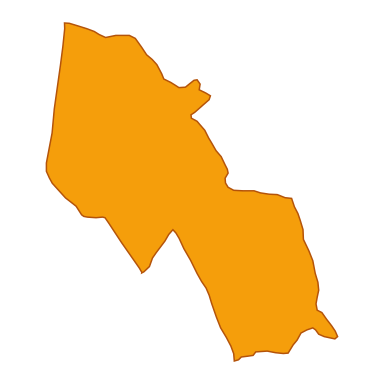 Älvdalen, Dalarna, Sweden (Mercator projection)
{"feature_id": "70781695B70096269486185", "entity_name": "Älvdalen", "entity_type": "district", "adm_level": 2, "iso_a3": "SWE", "parent_name": "Sweden", "parent_adm1": "Dalarna", "projection": "mercator", "projection_center": [13.302, 61.645], "detail": "fine", "context": "isolated", "style": "filled", "palette": "amber", "viewbox_px": 384, "rotation_deg": 0, "n_neighbors": 0, "source": "geoboundaries", "source_scale": "gbopen_adm2", "svg_char_len": 1696}
<svg xmlns="http://www.w3.org/2000/svg" viewBox="0 0 384 384"><path d="M64.5,23.0L64.7,28.7L62.9,46.2L60.4,65.6L57.5,86.1L54.3,108.9L52.1,133.0L46.4,163.0L46.4,171.3L49.3,177.8L52.3,183.3L65.5,197.9L76.1,206.2L81.6,214.8L83.8,216.4L87.4,217.1L96.0,217.7L102.5,217.1L105.0,217.7L108.6,222.9L121.7,242.8L139.3,268.0L141.9,272.5L141.8,272.9L143.9,271.8L149.4,266.6L152.5,258.0L156.3,252.5L164.9,241.1L168.7,234.5L172.9,229.7L176.0,233.1L179.1,238.3L183.9,248.7L190.5,260.1L197.1,273.5L201.6,281.5L206.1,288.1L209.2,295.3L211.6,303.3L216.4,317.1L220.6,327.8L226.4,337.5L230.9,346.1L233.7,353.7L234.3,361.0L238.5,359.8L241.3,357.0L247.6,356.2L253.1,355.4L255.8,351.9L267.2,351.1L275.5,352.7L283.3,353.5L288.1,353.1L293.2,344.8L297.1,340.1L301.0,333.0L306.9,329.9L312.8,327.9L315.6,329.9L318.7,334.2L324.2,336.6L334.9,338.9L337.6,336.6L335.2,331.1L331.7,325.9L326.6,319.3L321.9,312.6L317.2,310.2L316.0,303.9L317.2,297.2L318.7,290.2L317.9,282.3L315.2,273.3L312.8,260.7L308.9,250.9L303.4,239.4L303.0,229.6L300.3,220.6L297.9,213.5L294.4,206.8L291.6,198.4L285.1,197.7L277.3,194.6L269.1,194.2L260.5,192.9L254.0,190.8L242.8,190.8L233.7,190.3L228.1,187.3L225.5,183.0L225.1,178.2L228.1,173.1L227.3,169.2L225.1,164.9L221.2,156.7L216.0,150.6L211.3,142.4L208.7,138.1L204.8,130.3L199.6,124.3L197.1,121.3L191.4,118.2L191.0,114.8L194.9,112.2L202.7,105.3L209.1,99.7L210.4,95.8L206.1,93.2L199.2,89.8L200.1,84.1L197.1,79.8L194.0,80.3L189.7,83.7L185.4,87.2L178.9,87.6L175.5,85.4L170.7,82.4L163.8,79.0L161.7,73.8L156.9,64.7L152.2,59.5L146.6,54.8L141.8,47.5L135.3,38.4L129.3,35.4L115.9,35.4L105.6,37.5L99.1,34.5L94.3,31.5L87.4,28.9L77.9,25.9L69.3,23.3L64.5,23.0Z" fill="#f59e0b" stroke="#b45309" stroke-width="1.5"/></svg>